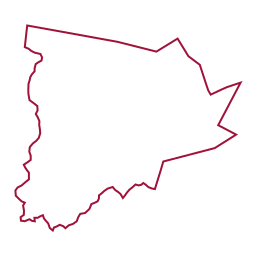 the district of Aquidabã, Sergipe, Brazil
{"feature_id": "56859067B15430987932018", "entity_name": "Aquidabã", "entity_type": "district", "adm_level": 2, "iso_a3": "BRA", "parent_name": "Brazil", "parent_adm1": "Sergipe", "projection": "mercator", "projection_center": [-37.097, -10.269], "detail": "fine", "context": "isolated", "style": "outline", "palette": "rose", "viewbox_px": 256, "rotation_deg": 0, "n_neighbors": 0, "source": "geoboundaries", "source_scale": "gbopen_adm2", "svg_char_len": 1500}
<svg xmlns="http://www.w3.org/2000/svg" viewBox="0 0 256 256"><path d="M226.8,87.2L222.1,89.3L210.7,94.6L208.3,90.5L206.6,85.6L199.8,64.8L188.4,56.2L177.6,38.6L156.4,51.6L117.4,41.8L27.2,25.5L24.8,47.1L28.7,48.8L31.3,50.9L34.6,52.6L40.4,54.0L42.1,57.4L41.5,60.6L38.5,62.2L35.7,64.1L34.6,68.4L34.6,71.3L32.0,74.2L30.3,77.1L29.6,80.4L28.5,83.9L28.3,89.6L28.4,93.9L29.5,100.1L32.0,101.9L37.3,106.0L37.6,110.4L35.8,114.0L37.8,117.4L39.4,121.2L39.2,124.8L39.9,129.3L40.2,133.3L38.8,137.9L36.2,140.9L32.9,143.4L29.8,147.1L29.3,151.7L30.7,155.6L30.7,159.9L27.2,162.5L23.8,164.7L25.1,167.4L27.1,170.4L28.9,172.6L28.9,175.9L28.9,179.4L25.6,182.0L21.7,185.4L17.6,187.5L15.4,190.5L15.8,195.7L19.3,199.2L21.7,201.4L24.8,202.7L23.1,205.4L24.0,210.8L23.8,214.9L20.6,217.2L21.0,220.7L24.8,221.2L29.5,219.2L31.9,220.8L34.8,221.3L34.4,217.8L37.7,217.8L40.2,216.3L42.9,215.2L43.9,218.3L45.7,220.6L48.2,223.4L49.8,228.0L52.8,230.5L54.0,227.5L56.7,226.5L59.7,224.8L63.3,226.2L65.4,228.2L68.8,225.3L73.0,223.9L76.7,221.3L78.3,217.1L80.2,213.9L85.1,213.0L89.4,209.0L91.4,204.1L95.1,202.6L97.6,201.3L98.9,198.6L99.0,195.4L101.8,193.2L104.2,191.0L107.6,188.6L112.7,187.0L115.2,190.0L118.4,192.2L120.5,194.0L122.9,198.0L124.7,195.8L126.7,192.9L129.2,189.9L132.3,187.4L135.5,184.5L138.5,185.4L141.2,184.8L143.3,183.0L145.7,184.7L148.4,187.1L151.9,188.5L154.9,189.1L160.9,169.7L161.9,166.2L163.3,161.5L214.7,148.1L233.0,136.6L236.1,134.6L218.2,125.2L240.6,82.6L226.8,87.2Z" fill="none" stroke="#9f1239" stroke-width="2"/></svg>